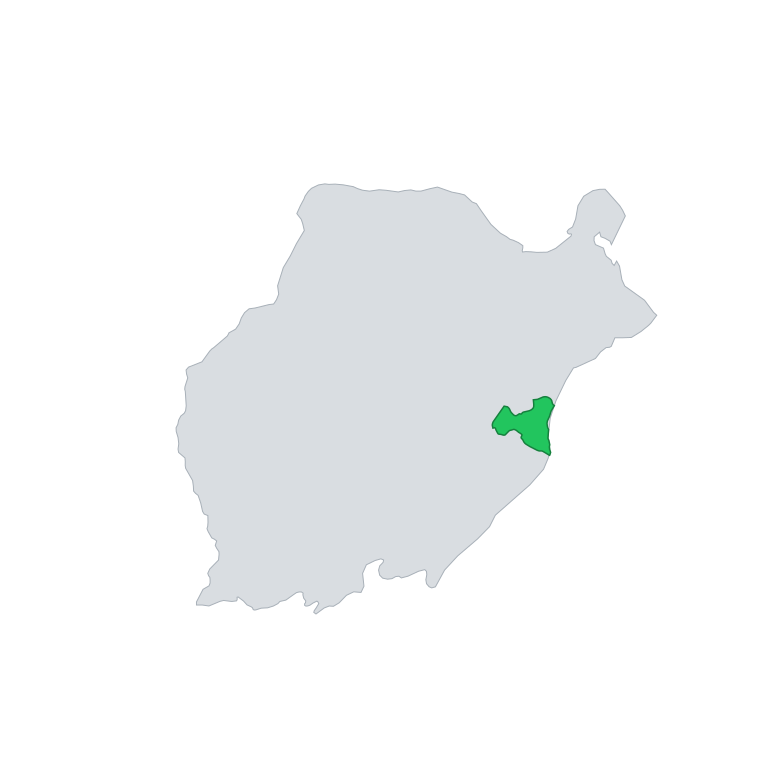 Giurgiu on a map of Romania (Natural Earth projection), rotated 308°
{"feature_id": "ROU-131", "entity_name": "Giurgiu", "entity_type": "County", "adm_level": 1, "iso_a3": "ROU", "parent_name": "Romania", "parent_adm1": "", "projection": "natural_earth1", "projection_center": [25.897, 44.142], "detail": "fine", "context": "in_parent", "style": "filled", "palette": "green", "viewbox_px": 768, "rotation_deg": 308, "n_neighbors": 0, "source": "natural_earth", "source_scale": "10m", "svg_char_len": 4790}
<svg xmlns="http://www.w3.org/2000/svg" viewBox="0 0 768 768"><g transform="rotate(308 384 384)"><path d="M581.8,423.4L588.4,431.5L596.6,435.8L615.6,440.3L617.3,439.7L617.5,438.9L616.2,437.7L615.9,436.2L616.9,434.4L619.5,434.3L623.8,435.9L631.9,433.5L643.9,427.1L654.9,425.8L665.0,429.6L670.2,434.1L673.6,438.3L672.7,443.5L672.1,446.7L669.6,460.1L667.8,465.1L665.0,470.7L633.8,477.4L635.7,474.2L634.9,468.5L633.6,464.3L636.4,460.4L629.4,459.0L626.3,461.2L624.0,464.8L626.2,473.3L622.8,478.0L621.5,480.6L621.4,486.8L619.5,489.5L619.1,492.4L624.1,491.6L621.9,497.0L612.6,507.3L609.4,513.4L610.4,537.7L606.4,552.3L606.1,556.6L596.1,556.8L593.1,556.4L583.6,554.2L573.0,550.3L566.7,542.8L562.6,537.5L553.6,539.9L551.9,539.2L549.4,536.6L542.6,534.9L534.3,534.9L515.4,525.1L513.3,523.4L498.6,525.1L476.4,529.9L459.6,535.9L442.1,546.6L435.0,554.7L426.8,559.0L415.1,562.2L394.3,561.0L372.6,556.9L349.2,552.5L336.6,555.0L319.6,553.1L293.9,547.9L274.7,546.3L255.8,549.4L252.7,547.1L252.0,544.4L252.8,540.5L255.5,537.5L260.1,535.1L262.5,532.8L262.8,530.4L257.7,526.5L247.3,521.2L243.0,517.9L241.9,517.1L241.7,514.1L239.5,511.8L235.5,510.1L232.4,507.0L230.2,502.5L230.7,498.3L234.0,494.3L238.1,492.6L243.0,493.1L245.1,492.0L244.3,489.2L239.5,485.7L230.7,481.4L221.6,483.7L212.3,492.7L205.6,494.2L201.6,488.1L194.4,484.5L184.0,483.4L177.7,481.0L175.3,477.5L170.8,474.8L160.9,472.0L160.8,469.3L162.4,468.6L166.0,468.4L170.8,467.8L171.6,466.2L171.6,464.8L167.9,463.0L164.1,461.8L162.2,460.6L160.9,459.2L160.7,457.8L161.8,456.8L163.3,456.8L164.9,455.9L165.8,452.6L167.9,449.9L169.4,449.0L169.3,447.0L167.8,445.1L165.8,443.5L162.7,442.5L153.3,439.7L148.5,435.8L145.6,435.6L140.9,433.5L136.0,430.1L131.7,425.2L127.1,422.1L125.9,420.8L125.8,419.6L126.7,418.2L126.7,416.8L125.6,412.0L126.5,407.0L126.4,402.3L126.4,400.2L125.5,399.5L124.7,400.2L123.5,401.1L122.3,401.3L118.9,397.9L114.7,390.9L111.8,388.6L106.1,385.4L101.3,382.7L97.9,376.8L94.4,372.3L96.8,370.4L110.8,367.8L117.2,370.4L120.1,369.5L122.9,367.3L124.5,365.7L124.9,363.9L126.3,361.7L131.0,360.6L143.4,362.0L148.4,358.8L150.3,357.1L151.5,353.4L152.9,350.4L157.3,348.8L157.3,346.0L156.7,343.0L159.4,336.4L161.0,333.6L163.5,332.6L166.6,330.5L171.9,326.2L170.8,322.4L171.9,319.5L177.5,312.7L181.8,306.1L181.8,302.8L182.4,299.9L186.1,296.7L190.1,292.6L195.4,279.7L197.3,277.6L200.6,275.1L203.2,272.7L203.6,264.3L205.9,261.8L210.5,259.1L215.0,254.7L218.7,249.5L221.5,247.1L225.2,246.4L229.2,244.4L233.7,243.6L238.0,244.6L240.8,244.1L245.0,241.6L255.7,232.1L257.2,230.2L259.4,228.8L268.0,225.6L270.3,222.3L273.2,219.4L277.0,219.6L289.4,226.9L302.7,226.4L305.2,226.7L305.9,226.8L307.6,227.4L325.3,231.0L328.0,230.6L328.8,230.3L335.9,233.3L342.2,232.9L348.2,230.9L354.4,230.2L360.2,231.4L364.5,235.6L375.8,244.5L379.1,247.8L384.3,247.4L390.0,245.7L395.9,239.7L413.7,233.0L427.3,231.3L440.6,228.6L455.9,226.7L460.4,221.1L462.8,217.4L464.6,210.4L472.8,208.4L480.7,207.0L483.5,206.1L489.2,205.8L493.6,206.4L500.5,209.8L505.3,214.2L507.3,217.6L511.4,222.4L515.8,229.2L520.6,238.3L521.7,242.9L523.5,247.8L527.1,253.9L534.0,260.5L534.9,261.8L538.0,266.5L544.1,277.0L549.1,281.1L553.5,285.7L555.6,290.3L558.8,294.4L566.1,299.9L572.1,304.9L577.0,319.4L580.4,326.0L582.6,331.1L581.7,341.4L583.0,345.8L580.4,353.8L575.6,370.0L574.5,382.9L575.5,389.8L575.6,394.3L576.8,397.1L578.2,403.0L578.5,408.2L576.7,409.6L574.2,410.8L573.3,411.9L575.6,414.2L578.7,418.5L581.8,423.4Z" fill="#d9dde1" stroke="#a8b0b8" stroke-width="1"/><path d="M466.8,532.2L465.4,532.4L460.5,534.3L455.5,535.5L453.4,536.6L451.1,538.9L450.0,540.4L449.6,541.6L442.2,546.6L441.6,547.5L441.1,548.6L438.2,552.0L436.3,553.0L434.3,554.9L434.2,555.2L432.7,557.4L430.1,558.4L429.7,558.4L428.7,550.4L428.3,549.4L426.8,547.5L426.1,545.6L424.5,537.4L424.0,532.9L424.0,531.8L424.2,530.7L424.5,529.7L425.2,528.3L425.5,527.5L425.8,525.8L426.0,525.2L426.6,524.8L427.1,524.6L427.8,524.5L428.4,524.3L428.9,524.0L429.1,523.1L429.1,521.9L428.8,519.7L428.9,518.6L428.9,516.5L428.6,515.3L428.3,514.4L427.8,513.9L426.6,513.1L424.8,511.7L423.9,511.4L418.5,510.8L417.7,510.2L417.1,509.3L416.3,507.2L415.7,506.2L415.2,505.4L415.0,504.7L415.3,503.7L416.6,500.8L417.7,499.1L417.7,498.5L417.5,497.9L416.3,497.0L417.9,495.0L418.6,494.4L419.8,493.8L421.5,493.3L440.5,492.3L442.0,495.3L442.0,496.3L441.8,497.5L441.5,498.4L440.5,500.2L439.9,501.7L439.4,505.2L439.7,506.7L440.4,507.7L442.0,508.4L443.2,508.7L444.1,509.3L444.5,510.2L445.0,510.7L445.6,510.8L446.3,510.7L446.9,510.8L447.6,511.1L452.3,514.9L453.4,515.5L454.3,515.9L455.3,516.2L456.2,516.3L457.1,516.3L457.9,516.1L458.6,515.7L460.2,514.5L463.5,511.4L466.4,514.4L471.8,517.4L473.2,518.8L474.1,520.3L474.6,522.0L474.8,523.9L474.6,525.2L474.2,526.3L472.4,528.6L472.0,529.6L471.8,530.4L471.9,531.5L466.8,532.2Z" fill="#22c55e" stroke="#15803d" stroke-width="1.5"/></g></svg>